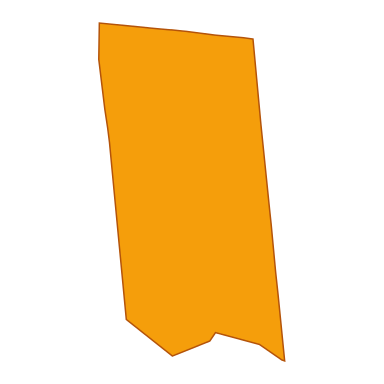 outline of Putnam, New York, United States of America, rotated 272°
{"feature_id": "52423323B74073307510671", "entity_name": "Putnam", "entity_type": "district", "adm_level": 2, "iso_a3": "USA", "parent_name": "United States of America", "parent_adm1": "New York", "projection": "equal_earth", "projection_center": [-73.677, 41.424], "detail": "fine", "context": "isolated", "style": "filled", "palette": "amber", "viewbox_px": 384, "rotation_deg": 272, "n_neighbors": 0, "source": "geoboundaries", "source_scale": "gbopen_adm2", "svg_char_len": 604}
<svg xmlns="http://www.w3.org/2000/svg" viewBox="0 0 384 384"><g transform="rotate(272 192 192)"><path d="M27.3,287.6L26.4,290.5L91.7,281.7L114.7,278.4L162.0,272.3L174.7,270.5L262.7,258.4L347.0,247.6L348.0,237.8L348.0,237.7L349.6,209.6L352.1,182.9L352.3,181.0L352.6,176.0L353.3,166.2L353.3,164.5L353.4,162.4L353.4,162.0L353.5,160.6L353.8,154.5L354.5,142.7L354.6,142.2L354.6,141.7L354.7,140.6L354.7,139.7L354.8,139.0L357.6,93.5L321.3,94.2L271.6,102.0L252.9,105.5L238.7,107.8L62.3,130.8L27.4,178.1L43.7,215.0L52.3,220.4L42.0,264.7L27.3,287.6Z" fill="#f59e0b" stroke="#b45309" stroke-width="1.5"/></g></svg>